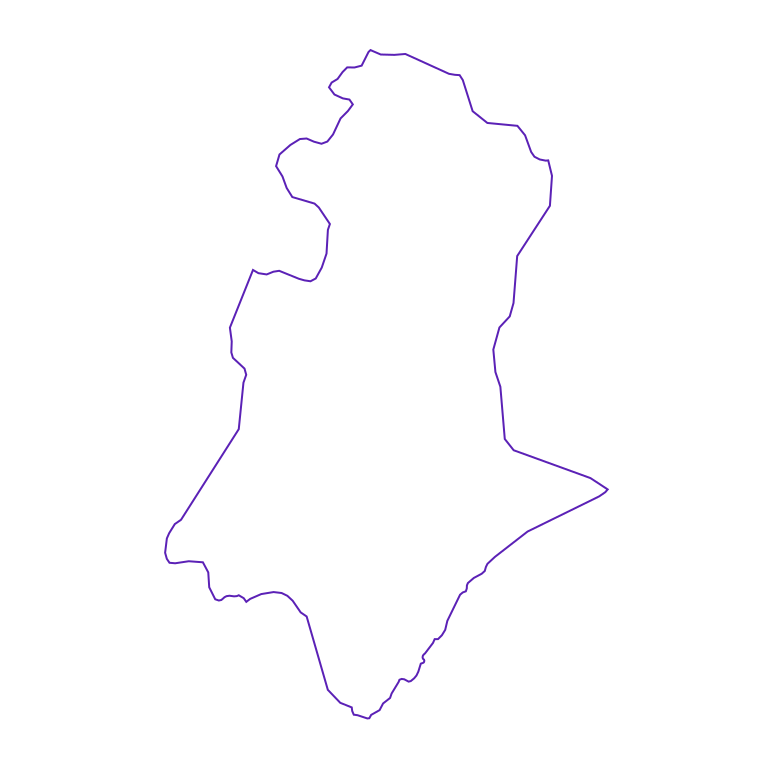 outline of Lorestan, rotated 269°
{"feature_id": "IRN-3220", "entity_name": "Lorestan", "entity_type": "Province", "adm_level": 1, "iso_a3": "IRN", "parent_name": "Iran", "parent_adm1": "", "projection": "albers", "projection_center": [48.245, 33.479], "detail": "fine", "context": "isolated", "style": "outline", "palette": "violet", "viewbox_px": 768, "rotation_deg": 269, "n_neighbors": 0, "source": "natural_earth", "source_scale": "10m", "svg_char_len": 2136}
<svg xmlns="http://www.w3.org/2000/svg" viewBox="0 0 768 768"><g transform="rotate(269 384 384)"><path d="M718.1,376.3L713.5,386.5L712.9,400.2L713.6,411.1L693.0,454.4L691.9,460.3L691.5,465.0L686.5,468.1L655.2,477.4L643.2,491.9L639.8,521.9L630.2,529.4L613.4,535.2L608.6,538.4L605.8,543.6L604.5,549.6L604.7,552.1L589.2,555.6L559.3,553.0L509.6,519.4L462.7,514.9L449.4,510.9L438.5,500.4L416.5,493.9L394.0,495.6L379.2,500.3L326.9,503.8L315.5,512.5L286.3,588.8L274.7,605.8L272.0,603.4L267.9,597.2L234.0,525.0L209.3,492.0L202.4,484.3L199.3,482.7L195.3,481.5L192.6,478.4L188.5,470.4L183.5,464.4L181.2,463.4L178.1,463.2L175.3,462.2L174.2,459.1L172.0,456.4L146.1,443.2L137.1,440.9L131.8,437.5L128.0,433.6L128.0,430.2L124.3,428.5L113.9,420.3L113.0,419.2L111.8,418.2L110.2,417.8L108.7,418.1L107.7,419.2L106.5,419.5L105.0,419.0L104.3,417.8L104.0,416.5L103.7,415.9L95.8,413.3L92.0,411.4L89.2,409.0L86.5,405.6L86.0,403.4L88.4,399.1L88.8,396.5L88.0,394.3L85.8,393.4L74.4,386.2L70.0,384.6L64.6,377.5L58.0,373.9L53.4,365.4L50.1,363.5L49.9,361.5L53.3,351.8L53.9,348.0L57.6,346.5L61.2,346.1L66.0,334.7L79.2,322.5L152.9,302.6L157.1,296.7L168.9,288.9L173.9,283.7L176.8,278.0L177.9,270.0L176.1,257.6L171.5,246.5L168.6,242.5L172.3,240.0L175.3,235.1L174.5,233.2L174.3,230.4L175.0,225.8L174.6,222.8L173.6,220.8L172.2,219.2L170.9,217.6L170.4,215.1L171.7,211.5L183.8,205.7L198.7,205.0L208.9,199.8L210.2,185.7L208.4,172.1L209.0,166.4L213.0,163.8L219.1,162.2L233.4,164.2L238.6,166.6L247.6,172.4L251.8,178.7L341.4,238.0L387.8,243.5L395.6,246.4L401.8,244.8L412.8,233.4L418.2,231.9L429.3,232.5L443.0,230.9L500.3,255.0L497.0,260.4L495.6,268.6L498.2,275.4L499.0,281.2L490.7,300.7L489.0,306.3L488.0,312.3L490.7,317.6L501.5,323.8L515.4,328.8L539.1,330.6L544.9,332.7L561.6,321.9L565.6,317.7L572.5,295.6L581.7,290.1L593.3,286.1L603.7,279.9L615.3,283.5L624.6,294.5L630.4,304.2L630.8,310.9L627.5,318.2L625.3,325.7L627.4,331.6L634.4,337.4L650.3,345.2L657.6,352.7L664.1,357.7L669.0,354.4L670.3,347.8L674.3,339.5L681.6,334.2L686.3,336.9L689.8,342.9L696.6,348.0L701.2,352.7L701.0,360.1L702.7,367.2L716.2,374.3L718.1,376.3Z" fill="none" stroke="#5b21b6" stroke-width="2"/></g></svg>